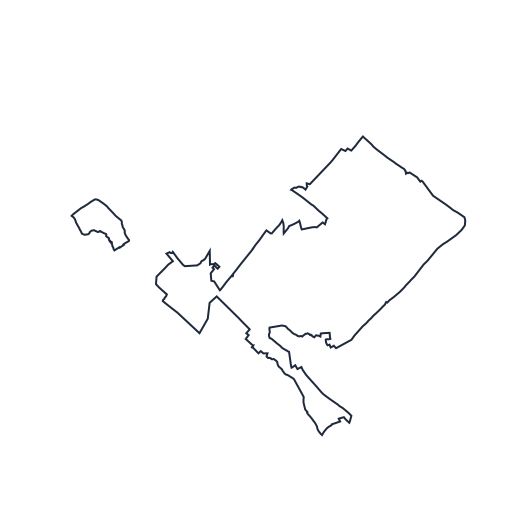 the district of San Martín de las Pirámides, México, Mexico, rotated 109°
{"feature_id": "50627088B75839204947328", "entity_name": "San Martín de las Pirámides", "entity_type": "district", "adm_level": 2, "iso_a3": "MEX", "parent_name": "Mexico", "parent_adm1": "México", "projection": "mercator", "projection_center": [-98.819, 19.696], "detail": "fine", "context": "isolated", "style": "outline", "palette": "slate", "viewbox_px": 512, "rotation_deg": 109, "n_neighbors": 0, "source": "geoboundaries", "source_scale": "gbopen_adm2", "svg_char_len": 6055}
<svg xmlns="http://www.w3.org/2000/svg" viewBox="0 0 512 512"><g transform="rotate(109 256 256)"><path d="M346.2,176.9L349.4,180.0L346.5,183.3L349.4,185.4L350.0,186.0L348.1,187.3L335.9,193.5L335.9,194.1L335.4,196.2L334.8,199.6L334.5,201.1L333.1,203.9L331.6,208.3L330.9,209.9L329.2,214.4L329.1,216.5L326.5,218.1L325.4,218.2L323.8,218.1L322.6,218.6L320.6,219.6L319.3,219.9L313.2,208.7L312.8,205.1L314.7,201.6L315.1,200.1L317.0,196.1L317.4,193.7L317.4,192.4L318.0,190.8L317.9,190.4L318.0,189.1L317.0,187.4L317.1,186.0L315.9,185.5L315.3,185.0L313.4,183.8L313.2,183.0L312.3,182.0L312.5,180.9L312.4,180.5L313.0,179.5L312.7,179.2L313.0,178.3L313.0,177.7L312.8,177.6L313.2,177.2L313.7,175.9L313.7,175.4L313.9,174.4L311.4,173.4L311.2,171.7L311.0,170.7L311.2,168.9L308.2,169.5L307.2,167.5L304.7,161.4L306.4,160.6L308.4,159.8L310.1,158.7L310.9,159.7L311.7,162.1L312.0,162.6L312.5,162.8L314.0,162.1L315.1,161.5L315.9,160.7L316.6,160.1L317.1,159.2L315.9,157.6L318.2,155.6L315.5,153.2L315.9,152.6L317.1,150.3L304.2,138.5L299.2,137.0L287.9,132.3L284.0,130.1L282.2,129.2L280.7,128.7L277.0,126.7L275.2,126.0L273.5,125.2L271.5,124.0L265.6,121.0L262.0,119.4L260.3,118.4L257.1,117.9L257.3,116.7L254.5,115.5L250.3,112.6L243.3,108.4L239.4,106.5L237.0,105.4L235.1,104.8L230.3,102.5L228.3,101.7L224.8,100.0L224.0,99.6L209.4,94.7L204.7,92.3L190.1,86.9L184.0,83.1L180.1,79.9L171.2,73.6L164.5,70.1L159.5,68.6L158.6,68.6L154.3,69.7L151.5,71.5L149.4,79.1L148.4,84.7L147.3,87.7L145.6,92.9L142.8,103.1L141.4,108.2L140.9,108.9L131.3,122.8L131.0,124.1L132.2,124.9L129.1,129.4L128.7,131.3L127.0,137.9L127.2,138.2L127.6,138.5L128.2,139.3L128.2,139.7L128.1,140.1L129.3,141.0L127.0,142.2L127.0,142.5L126.0,143.5L125.7,143.9L125.5,144.4L124.8,147.5L124.1,150.0L123.1,153.9L122.3,156.2L120.3,163.6L118.2,169.7L116.0,176.4L115.1,178.8L114.4,180.6L112.9,183.0L111.8,185.5L109.2,191.7L108.2,193.8L109.6,194.4L116.2,196.8L119.5,197.8L125.3,200.2L124.6,204.4L127.6,205.6L127.1,210.3L140.6,214.9L143.8,216.2L170.2,228.3L170.6,228.5L170.8,231.7L172.8,230.9L173.5,230.1L177.1,230.8L176.3,232.9L175.8,234.5L176.1,235.1L176.2,235.5L176.1,235.8L176.2,236.1L176.0,236.3L176.1,236.5L176.3,236.9L176.3,237.9L176.7,238.4L176.9,238.7L177.8,239.6L178.1,240.0L178.5,240.2L178.6,240.6L178.7,241.6L179.1,242.2L181.4,244.1L182.0,244.3L182.0,243.5L184.4,234.8L185.5,231.0L189.4,220.0L189.6,218.4L192.8,211.4L194.2,207.6L197.1,200.8L198.1,201.3L203.5,201.1L202.6,203.9L209.1,207.8L209.4,209.4L210.2,211.5L211.4,213.7L216.0,221.4L214.1,222.9L211.8,224.3L209.5,225.8L208.6,226.6L209.9,227.2L210.6,227.8L211.0,228.3L213.1,230.2L215.2,232.4L216.8,234.3L219.4,234.8L225.7,237.1L224.0,237.8L219.0,239.4L216.9,240.4L215.4,241.3L213.6,242.8L215.6,243.1L219.0,244.0L224.3,246.4L229.4,248.4L229.9,249.5L228.4,254.5L232.8,255.9L239.4,257.8L242.5,258.9L245.5,260.0L248.1,260.7L250.2,261.4L250.3,261.2L250.9,261.4L264.5,266.3L269.5,268.1L277.0,270.6L279.9,271.7L280.4,271.7L281.4,271.5L283.5,271.3L281.9,272.3L290.4,275.6L295.2,277.1L299.8,278.7L300.2,279.0L293.7,287.2L293.9,290.2L287.1,293.2L282.2,291.4L281.2,293.3L278.5,292.2L279.1,291.3L280.5,288.1L278.1,287.1L276.7,290.3L276.9,290.4L276.0,292.2L277.8,293.7L278.0,294.9L278.6,296.2L279.1,296.7L266.2,301.4L275.3,303.2L275.8,303.4L276.3,304.0L277.1,304.2L278.5,305.8L281.0,306.2L284.0,308.5L288.8,320.0L288.1,322.2L283.6,329.7L279.2,336.0L280.6,336.3L280.9,338.0L280.5,338.9L282.9,341.4L288.0,332.9L292.6,336.1L297.9,338.5L307.0,342.9L307.9,343.3L315.2,341.4L317.3,337.4L319.3,332.7L321.3,327.8L321.9,328.0L322.6,327.8L323.2,327.9L325.3,328.7L326.2,328.7L327.3,329.3L327.9,329.6L328.4,329.6L329.0,329.4L331.2,323.4L335.2,311.7L347.4,284.3L331.0,281.2L315.4,284.6L307.0,280.0L320.5,251.8L322.7,247.6L324.4,244.1L327.4,238.1L332.2,240.0L333.2,237.2L337.8,238.7L341.6,229.9L341.7,229.7L341.5,229.4L341.8,229.4L343.7,230.2L343.8,230.0L343.5,229.3L347.2,222.0L344.4,220.5L345.7,217.3L344.3,213.5L347.6,213.3L348.5,211.5L348.3,211.0L348.1,210.8L347.8,208.9L348.5,207.8L348.3,206.9L347.6,205.8L348.2,203.9L348.3,203.4L349.1,201.6L351.2,200.4L353.0,198.8L354.7,194.6L355.7,193.7L357.4,191.2L357.8,190.8L358.4,188.7L358.2,187.8L358.5,186.1L359.8,180.5L360.1,180.0L372.0,166.9L373.9,164.9L375.7,164.5L377.7,163.9L378.7,163.5L379.7,163.0L385.1,159.5L386.8,156.6L387.5,156.7L388.5,155.6L390.2,152.5L392.2,149.3L393.3,147.9L394.1,146.5L395.5,144.8L397.2,143.0L399.3,141.7L400.5,140.6L401.5,139.4L403.0,137.0L403.8,135.3L400.1,134.5L396.3,133.1L394.8,132.3L393.4,131.3L391.5,129.6L390.5,129.5L385.1,122.6L382.9,124.8L381.1,122.4L379.8,120.4L381.1,118.4L382.4,115.7L383.3,113.5L382.1,113.4L376.0,113.8L374.0,118.0L371.7,124.0L371.0,126.7L370.8,128.1L370.0,129.8L367.2,139.7L365.6,144.8L364.6,147.7L363.2,150.4L360.4,155.1L352.2,169.8L348.8,174.4L348.1,175.2L346.2,176.9ZM282.9,381.0L281.9,381.6L281.4,382.6L280.7,383.6L278.6,386.2L276.6,387.8L275.2,388.2L274.6,388.5L273.3,389.8L272.1,391.4L271.5,391.8L270.5,392.2L270.3,392.5L269.3,393.3L267.4,394.0L266.5,394.7L266.2,395.1L263.8,401.6L262.4,404.1L258.5,411.7L257.8,412.6L257.1,414.3L255.7,418.5L255.2,420.5L254.6,422.3L254.4,424.0L254.5,425.5L254.9,426.6L256.0,427.7L259.1,430.2L261.1,431.5L264.8,434.4L268.0,437.2L269.6,438.2L276.0,442.4L278.1,443.4L278.9,441.0L279.4,440.2L280.3,439.1L281.6,438.0L282.9,437.1L285.9,433.8L287.3,432.1L288.4,431.2L289.5,429.8L291.5,427.9L291.7,426.3L291.7,424.9L290.2,422.0L289.7,421.5L288.9,421.0L287.7,421.0L286.5,420.3L285.6,419.7L285.4,419.5L284.9,418.5L284.4,417.7L284.4,417.1L284.6,415.7L284.6,414.8L284.8,413.8L284.8,413.4L284.7,413.0L284.3,412.5L283.3,411.9L283.1,411.3L283.1,411.2L283.5,411.0L283.6,409.5L284.0,406.4L284.0,405.1L284.7,404.4L286.0,404.2L286.6,402.7L286.8,401.4L287.0,400.9L287.3,400.7L287.9,400.7L288.8,400.1L289.0,399.8L289.0,399.2L289.6,399.2L290.0,398.8L290.1,398.5L290.1,398.1L290.0,397.8L289.7,397.6L289.7,397.2L289.8,396.9L290.3,396.7L290.7,397.0L291.0,397.0L291.3,396.2L293.9,394.6L294.0,394.3L294.5,393.7L295.9,392.8L296.8,391.7L292.1,387.9L292.4,387.5L288.5,384.6L288.1,385.1L287.3,384.6L284.0,381.7L282.9,381.0Z" fill="none" stroke="#1e293b" stroke-width="2"/></g></svg>